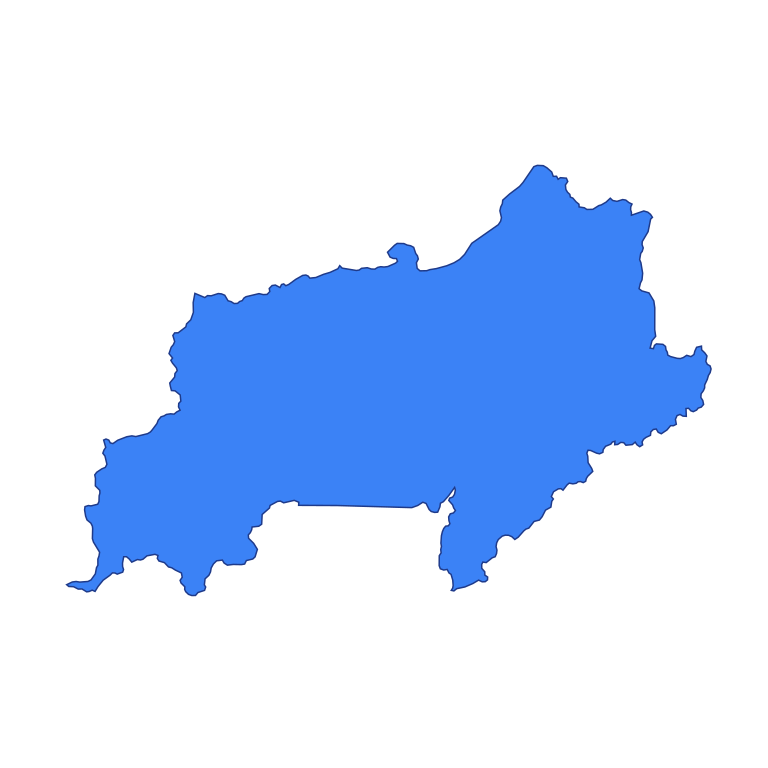 Governador Valadares, Minas Gerais, Brazil (orthographic projection), rotated 177°
{"feature_id": "56859067B87611191748041", "entity_name": "Governador Valadares", "entity_type": "district", "adm_level": 2, "iso_a3": "BRA", "parent_name": "Brazil", "parent_adm1": "Minas Gerais", "projection": "orthographic", "projection_center": [-41.948, -18.795], "detail": "fine", "context": "isolated", "style": "filled", "palette": "blue", "viewbox_px": 768, "rotation_deg": 177, "n_neighbors": 0, "source": "geoboundaries", "source_scale": "gbopen_adm2", "svg_char_len": 6128}
<svg xmlns="http://www.w3.org/2000/svg" viewBox="0 0 768 768"><g transform="rotate(177 384 384)"><path d="M160.2,550.9L166.3,547.5L172.3,547.7L174.7,549.5L179.9,550.6L179.9,553.3L182.7,555.9L185.7,559.8L188.1,560.9L188.5,563.6L190.7,565.9L192.2,568.8L192.4,573.3L189.9,576.6L191.1,580.0L197.1,580.8L199.4,579.3L200.8,582.4L204.1,582.5L205.4,586.9L210.0,591.4L213.5,593.7L219.5,594.3L223.0,593.2L234.6,578.0L238.3,574.2L248.6,567.2L255.8,561.4L256.4,557.8L258.2,554.6L259.2,550.9L258.0,544.0L259.0,540.5L261.5,537.1L289.0,519.9L296.7,509.2L301.9,504.5L307.7,501.4L315.1,498.8L325.7,496.5L332.3,495.8L335.3,494.9L342.1,495.1L344.8,497.7L345.3,503.4L343.2,507.0L343.9,510.3L345.5,512.7L347.2,518.9L350.2,520.7L353.5,521.5L356.8,523.2L363.5,523.7L366.2,522.0L373.6,515.4L371.3,510.4L368.2,508.9L365.0,508.6L364.1,505.8L366.1,504.1L374.0,501.1L377.8,500.8L381.1,501.3L384.2,500.8L387.1,499.2L390.6,499.5L394.6,501.0L400.4,500.7L402.8,499.1L405.6,498.8L419.7,501.9L422.0,504.5L424.0,501.5L432.0,498.3L438.6,496.7L446.5,493.9L452.5,493.6L454.1,495.8L456.3,496.9L459.5,496.7L466.7,493.1L473.9,488.4L476.9,487.3L478.9,489.2L481.1,488.7L482.8,485.8L487.3,488.5L490.6,488.2L493.6,485.4L493.2,482.3L496.0,479.6L499.9,479.6L504.1,480.8L517.2,478.4L519.3,477.2L521.2,474.7L523.9,473.9L526.0,472.2L529.5,472.2L532.3,474.2L535.4,475.3L538.4,481.0L541.6,482.5L544.8,483.0L552.0,481.1L555.6,481.5L558.4,479.7L568.1,484.4L570.3,475.3L570.6,465.5L573.6,458.2L578.0,454.4L578.9,451.4L586.9,445.9L590.4,446.0L592.3,443.5L590.8,437.3L592.3,434.3L594.6,431.8L597.1,425.6L593.8,421.0L595.6,418.8L594.1,415.9L590.5,411.0L589.8,408.2L592.2,405.4L592.7,401.9L597.9,396.2L597.5,393.0L596.6,388.6L593.0,388.1L588.1,383.7L587.8,377.5L590.0,375.4L590.4,371.9L589.0,368.5L592.4,367.0L595.2,364.9L598.7,365.4L602.9,365.0L605.3,363.7L608.4,362.9L611.4,359.6L612.8,356.4L617.9,350.3L619.7,348.4L622.6,346.8L634.6,344.5L638.5,345.4L643.6,344.8L652.8,341.8L657.8,338.7L660.4,339.5L661.8,342.4L664.5,343.6L666.9,342.7L665.2,335.2L667.1,332.7L668.4,329.6L666.4,326.6L664.9,318.3L666.7,315.3L670.3,314.0L675.5,310.9L677.6,308.4L677.1,304.9L677.6,297.4L673.4,292.7L673.4,289.9L674.3,287.3L674.8,281.5L676.2,278.9L683.0,277.6L685.6,278.1L689.0,277.2L689.6,274.0L688.9,267.7L687.7,263.8L684.0,260.4L682.7,257.4L682.5,255.0L683.3,244.9L682.4,241.3L676.8,230.9L677.6,227.2L678.9,224.1L679.2,218.0L680.7,215.7L682.2,209.5L686.8,203.7L689.9,202.3L698.2,202.1L701.8,202.9L705.7,202.6L711.4,200.2L709.4,198.3L704.6,197.8L700.1,195.2L696.3,195.1L691.8,192.0L689.4,192.2L686.2,193.4L683.4,192.0L680.2,196.7L674.7,202.8L667.7,207.3L665.1,209.6L662.5,209.3L660.4,208.1L654.8,209.8L653.8,212.3L654.6,215.4L654.5,218.8L653.0,225.1L650.2,225.0L647.7,222.7L645.2,219.3L639.5,221.6L636.5,221.0L633.9,221.6L629.7,224.8L621.6,225.9L618.7,224.6L619.5,221.7L618.0,219.0L612.6,217.1L608.8,212.6L605.6,211.6L602.1,209.1L596.2,205.9L595.6,201.6L597.9,198.6L597.1,195.9L593.5,191.9L593.8,189.3L592.9,187.0L590.3,184.2L587.0,182.8L583.3,182.7L580.7,185.5L574.0,187.3L572.7,190.6L573.9,192.8L572.9,198.8L568.9,202.1L567.1,205.4L566.2,209.3L563.8,213.2L560.4,216.2L554.6,216.6L553.1,213.6L549.9,211.3L544.0,211.7L535.8,211.1L532.6,211.5L530.7,214.9L524.2,216.1L521.8,218.1L519.1,225.5L522.5,231.7L527.3,237.0L527.4,240.4L525.3,242.5L523.8,245.3L523.2,248.1L516.5,248.5L513.5,250.4L512.5,260.1L504.9,266.1L504.1,268.7L496.5,272.3L493.6,272.5L490.4,270.6L479.7,272.5L475.3,270.4L475.6,267.3L437.1,265.1L362.7,259.1L356.7,260.9L351.4,263.9L348.2,262.5L345.5,256.3L343.5,254.2L340.1,253.1L337.1,253.2L334.6,258.4L333.9,262.0L330.8,263.4L325.1,269.3L318.9,277.0L318.3,274.3L319.4,270.1L321.3,267.5L324.4,266.6L325.4,264.3L321.8,259.7L320.9,256.6L319.3,253.9L321.4,251.6L324.6,250.9L326.4,247.9L326.3,244.1L325.5,241.0L327.2,239.0L329.9,238.8L331.9,236.6L333.4,233.5L334.6,229.5L335.5,222.0L335.1,218.8L336.0,215.7L335.8,212.4L337.8,209.6L338.4,199.7L337.4,196.5L334.1,195.1L330.6,195.5L329.0,191.9L327.0,190.4L325.6,184.5L325.5,179.1L326.1,176.6L327.6,174.4L325.0,173.7L322.1,175.8L313.8,177.1L305.7,180.1L299.8,183.2L296.3,181.3L293.2,181.3L290.9,183.0L290.6,185.8L293.3,187.9L293.2,191.2L296.0,194.8L295.9,198.7L294.6,201.0L291.3,200.3L285.0,204.8L282.0,205.7L280.5,208.8L279.9,212.2L280.6,215.8L279.8,219.5L278.0,222.7L273.9,225.9L270.8,226.7L267.5,226.4L264.4,224.9L261.5,221.9L258.0,224.0L252.0,230.1L249.8,231.7L246.9,232.5L241.3,238.9L235.9,240.0L233.0,243.2L229.3,249.6L223.8,252.3L222.6,258.1L220.9,260.3L222.8,262.8L220.3,267.6L215.3,270.2L212.7,270.2L210.8,268.6L206.5,273.6L204.3,275.3L200.6,274.4L197.3,274.8L195.3,276.2L192.9,276.3L190.2,275.1L187.7,276.3L186.9,279.0L185.4,281.2L180.1,285.8L181.0,288.8L184.3,294.8L184.3,301.3L185.1,304.3L183.7,307.2L181.1,306.8L175.3,303.8L172.4,303.0L169.0,304.3L168.5,307.1L166.0,310.2L160.6,312.1L159.0,314.1L156.4,314.7L156.8,311.3L153.8,311.4L150.6,313.3L147.7,312.9L145.6,310.2L139.2,310.5L136.2,312.8L134.6,310.1L131.9,308.0L128.9,309.7L129.3,312.6L127.7,315.2L125.1,317.0L120.6,318.8L120.0,322.3L117.4,324.5L114.5,324.8L112.7,321.4L109.7,319.8L103.8,323.3L100.0,327.4L97.1,327.2L94.2,328.5L94.8,333.5L93.0,337.1L90.0,338.1L87.2,336.3L83.8,335.9L83.7,343.7L81.1,343.8L79.0,341.2L76.6,340.2L73.2,341.6L71.5,343.5L68.4,344.3L65.9,346.9L66.5,350.8L68.3,354.0L67.8,357.7L65.4,360.6L64.0,363.4L63.8,366.3L60.9,371.7L59.6,375.5L57.7,378.3L56.6,381.9L57.4,385.0L60.1,386.7L61.4,389.7L60.0,395.1L62.1,398.4L65.0,401.5L65.0,405.2L69.9,404.3L71.9,400.5L72.9,397.2L76.0,395.3L80.2,396.8L83.8,394.7L86.7,393.9L89.9,394.3L96.4,396.4L99.1,398.0L99.4,400.9L100.6,403.4L100.9,406.8L103.4,409.0L109.9,409.8L111.9,408.4L113.1,405.2L116.4,405.9L114.1,413.2L110.2,417.4L110.8,424.1L109.6,445.9L110.2,452.8L114.6,461.1L121.7,463.5L124.3,465.8L122.6,471.5L120.9,474.5L119.9,481.1L121.1,491.7L122.2,494.8L120.8,501.0L119.2,502.9L118.0,506.3L119.0,509.7L118.6,512.8L112.3,522.3L109.1,534.7L107.2,536.4L109.0,539.5L111.6,541.8L115.5,543.2L128.1,539.6L127.9,542.3L128.6,545.1L128.3,548.1L126.9,550.7L130.0,552.4L132.9,555.0L136.0,555.7L141.8,554.2L146.0,555.3L148.3,557.7L152.7,554.0L157.6,551.5L160.2,550.9Z" fill="#3b82f6" stroke="#1e3a8a" stroke-width="1.5"/></g></svg>